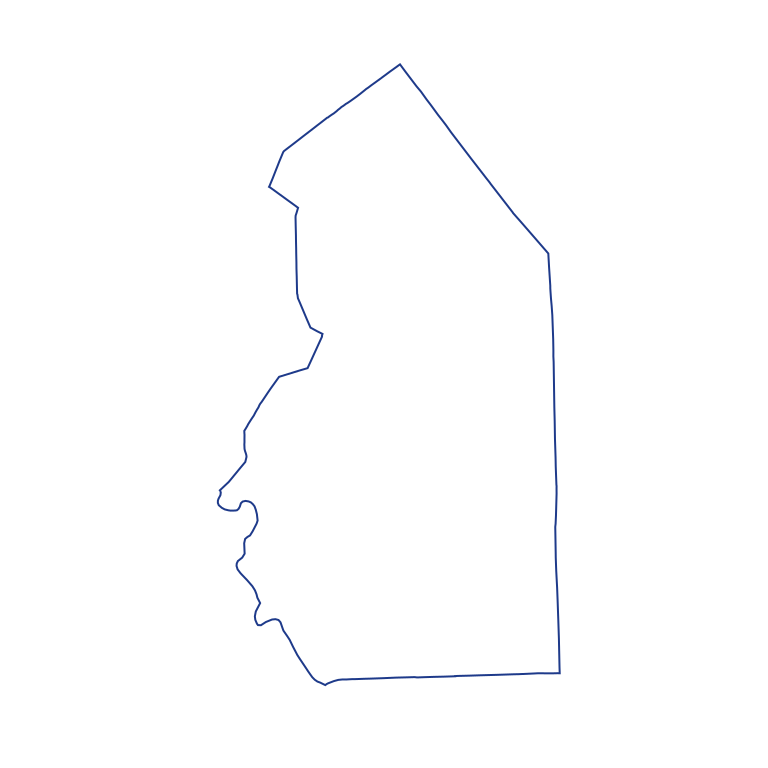 the district of Olari, Prahova, Romania, rotated 261°
{"feature_id": "2599482B22841154857116", "entity_name": "Olari", "entity_type": "district", "adm_level": 2, "iso_a3": "ROU", "parent_name": "Romania", "parent_adm1": "Prahova", "projection": "mercator", "projection_center": [26.206, 44.79], "detail": "fine", "context": "isolated", "style": "outline", "palette": "blue", "viewbox_px": 768, "rotation_deg": 261, "n_neighbors": 0, "source": "geoboundaries", "source_scale": "gbopen_adm2", "svg_char_len": 3475}
<svg xmlns="http://www.w3.org/2000/svg" viewBox="0 0 768 768"><g transform="rotate(261 384 384)"><path d="M533.1,538.1L533.3,538.0L565.2,520.5L566.3,520.0L571.1,517.3L592.8,505.4L622.1,489.6L629.8,485.8L635.0,483.0L641.3,479.5L652.4,473.8L658.3,470.6L667.1,466.2L672.9,462.7L689.7,453.7L697.2,449.8L691.5,438.5L685.9,427.8L683.5,423.1L681.3,418.7L679.1,414.6L678.2,412.6L677.0,410.6L674.1,405.5L671.9,401.4L668.8,395.2L667.3,392.0L666.5,389.9L665.9,388.9L665.4,387.9L664.9,386.9L664.5,385.9L664.3,385.4L663.0,383.4L662.0,381.5L661.1,380.2L660.5,379.2L659.9,378.1L659.1,376.7L658.2,374.6L656.7,371.5L656.1,370.6L656.0,370.0L655.9,369.5L655.7,369.1L655.1,368.1L649.8,358.4L647.2,353.7L641.7,343.6L636.7,334.5L632.4,326.6L629.8,321.8L629.1,321.0L628.6,320.6L625.2,318.5L620.0,315.3L615.2,312.5L612.7,311.0L604.5,306.2L597.5,301.9L596.7,301.3L595.8,302.4L581.3,316.9L571.5,326.7L566.5,324.3L564.2,323.1L562.5,322.7L553.8,321.5L544.8,320.3L538.7,319.4L532.0,318.5L526.5,317.7L517.7,316.5L511.7,315.6L503.8,314.6L492.8,313.1L486.7,312.3L485.9,312.5L482.2,312.4L478.4,313.4L460.1,317.9L451.2,320.2L446.5,326.3L443.1,331.1L441.2,330.2L440.5,330.2L436.9,327.8L418.8,315.8L411.6,311.0L410.6,303.1L407.5,281.5L405.7,279.7L397.2,271.3L393.7,268.0L389.6,264.2L385.5,260.4L383.9,258.7L383.1,258.0L382.1,257.3L380.5,256.3L378.7,254.7L376.1,252.6L374.6,251.5L373.1,250.4L371.1,248.5L368.8,246.4L365.6,243.6L363.8,242.3L361.4,240.3L359.6,238.7L357.2,238.4L355.8,238.3L351.7,237.6L348.4,237.1L346.1,236.6L344.3,236.4L341.8,236.1L339.9,236.2L337.0,236.7L335.2,236.9L333.5,236.8L328.7,234.8L323.4,228.7L311.6,215.4L304.7,205.3L304.3,205.6L304.0,205.6L303.0,205.7L302.1,205.8L301.4,205.5L300.9,205.4L299.7,205.0L296.7,202.7L294.8,201.7L292.5,201.3L290.8,201.7L290.2,201.8L289.1,202.7L288.2,203.5L287.2,204.3L285.1,207.0L283.6,210.5L282.9,212.8L282.6,214.9L282.3,217.3L282.3,219.0L283.4,220.8L285.4,222.4L288.6,224.0L290.0,226.0L290.2,228.9L289.2,231.9L287.9,234.0L285.8,235.7L283.4,237.0L279.8,237.7L275.3,238.1L268.9,237.8L266.0,236.3L259.2,231.3L255.4,228.0L254.3,225.2L252.7,222.6L248.6,221.0L238.2,219.8L234.7,216.8L232.0,212.0L229.8,210.5L227.4,209.9L223.8,210.4L219.7,212.6L218.2,213.6L211.7,218.1L204.8,222.4L200.3,224.3L196.2,225.2L192.7,225.5L187.0,227.4L179.4,221.8L174.7,220.1L171.2,220.0L167.2,221.0L165.6,221.8L165.0,224.7L167.4,230.1L168.9,236.6L168.8,238.3L168.7,240.0L167.4,242.9L164.8,244.5L158.1,245.7L156.1,246.1L150.1,249.0L146.1,250.8L138.5,253.1L129.9,256.0L126.0,257.7L115.2,262.7L112.3,264.0L109.0,265.6L105.6,267.3L102.8,269.3L100.5,271.7L99.1,274.2L96.5,277.9L95.8,278.9L96.6,280.4L97.1,281.9L98.4,288.0L98.9,292.5L98.7,296.4L98.1,300.2L97.5,306.2L96.9,310.3L95.9,318.6L95.1,324.7L93.6,336.9L92.1,350.1L91.3,356.1L90.6,361.4L89.7,368.4L89.0,370.8L88.1,378.2L86.9,387.7L85.6,397.3L84.2,408.5L84.4,408.5L84.1,411.3L82.6,422.6L81.3,433.0L79.1,449.8L77.0,466.7L76.3,471.9L75.9,475.6L75.8,476.1L74.7,486.1L74.2,490.9L72.5,501.2L71.9,504.9L71.2,510.2L70.8,512.3L76.5,513.0L105.0,516.9L123.4,519.2L143.8,521.7L155.5,523.1L172.7,524.9L185.8,526.5L190.6,527.2L216.1,530.8L219.0,531.6L227.3,533.3L248.7,537.3L253.4,538.0L256.3,538.5L257.3,538.5L275.5,540.7L284.1,541.9L303.2,544.3L320.8,546.8L334.4,548.6L374.3,554.3L379.2,555.0L384.8,555.6L390.3,556.5L401.7,558.1L425.6,561.0L434.8,561.8L442.4,562.3L449.2,562.9L452.4,563.2L455.0,563.6L460.4,564.1L473.4,565.3L487.2,566.7L500.2,558.6L520.4,546.0L532.7,538.2L533.1,538.1Z" fill="none" stroke="#1e3a8a" stroke-width="2"/></g></svg>